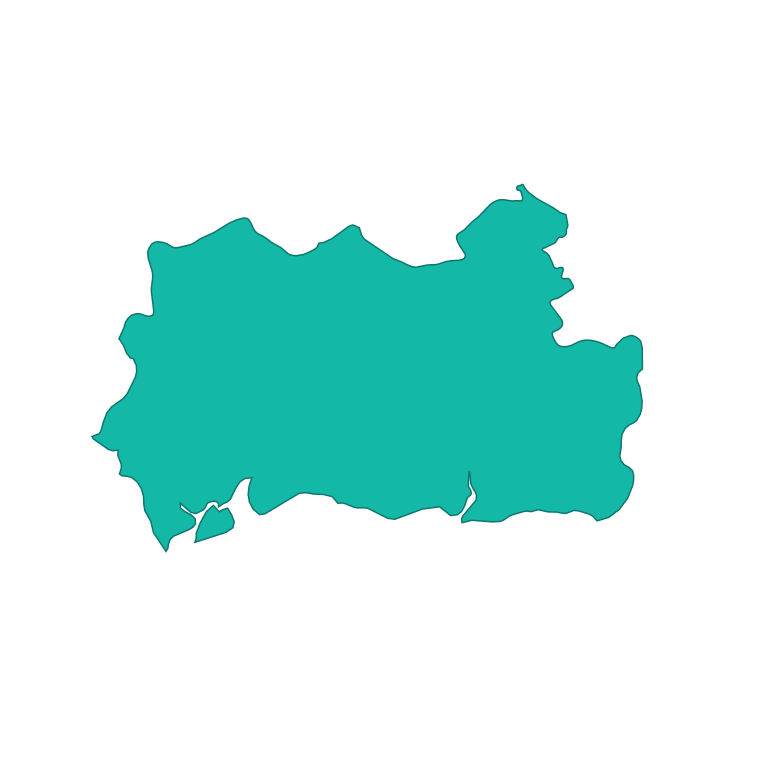 SVG path tracing the border of Esmeraldas, rotated 202°
{"feature_id": "ECU-1335", "entity_name": "Esmeraldas", "entity_type": "Province", "adm_level": 1, "iso_a3": "ECU", "parent_name": "Ecuador", "parent_adm1": "", "projection": "albers", "projection_center": [-79.299, 0.692], "detail": "fine", "context": "isolated", "style": "filled", "palette": "teal", "viewbox_px": 768, "rotation_deg": 202, "n_neighbors": 0, "source": "natural_earth", "source_scale": "10m", "svg_char_len": 5140}
<svg xmlns="http://www.w3.org/2000/svg" viewBox="0 0 768 768"><g transform="rotate(202 384 384)"><path d="M523.4,147.1L542.1,159.9L548.8,169.3L558.2,176.9L561.5,182.2L564.6,189.3L569.4,195.7L575.7,200.6L583.1,202.9L588.1,202.1L592.6,200.7L595.6,201.5L596.1,207.7L597.4,211.0L604.0,218.0L605.8,223.2L610.4,220.5L615.2,220.1L632.9,224.2L635.1,226.0L629.5,231.0L629.0,233.3L629.1,237.8L630.0,243.4L630.1,253.5L628.0,260.7L620.4,272.7L618.4,278.9L617.1,297.2L618.0,302.9L620.7,308.6L621.9,309.7L625.8,313.5L629.0,313.1L634.1,316.1L639.9,322.1L645.1,325.8L646.7,326.6L646.2,338.6L646.8,344.5L645.9,349.1L644.0,353.0L641.3,355.4L639.2,356.8L636.6,357.6L630.6,358.0L627.6,358.6L624.6,360.4L624.0,362.3L624.7,365.2L634.3,382.6L635.6,385.8L638.1,395.3L639.5,398.8L641.3,401.9L649.8,412.4L652.5,417.8L652.7,422.2L651.8,426.6L650.3,428.9L647.8,430.8L644.7,431.9L640.2,432.7L636.9,432.6L631.9,431.7L629.1,431.8L626.1,433.3L615.8,440.5L613.3,443.2L608.9,449.6L598.2,461.0L587.8,475.1L582.3,480.8L577.0,484.9L574.9,485.9L572.4,486.2L570.5,485.4L567.9,483.6L563.2,479.1L561.1,477.6L558.3,476.4L555.6,475.9L552.1,475.8L545.6,474.4L541.7,473.1L530.5,471.8L521.2,468.7L517.4,468.9L513.5,470.0L507.5,473.7L503.9,477.0L500.0,481.5L498.1,484.1L497.2,486.0L497.1,487.7L497.2,489.7L496.7,490.5L493.0,492.4L486.5,499.6L476.2,516.2L474.3,518.4L472.8,519.6L471.0,519.9L465.4,519.6L460.3,513.4L458.7,512.2L456.0,510.8L422.6,503.6L414.0,503.8L406.6,503.2L401.9,503.3L398.1,504.2L389.0,510.2L385.7,511.9L381.6,513.6L378.8,515.3L372.1,520.9L367.4,523.7L361.2,526.6L358.2,528.6L356.5,531.0L356.5,533.2L357.5,535.0L365.8,540.7L368.7,543.3L370.9,545.7L371.9,547.8L372.0,549.6L371.0,551.7L367.1,557.4L363.2,566.9L359.1,574.3L352.8,590.0L350.8,593.4L346.5,597.7L342.4,599.6L333.7,601.7L330.9,603.2L325.2,605.2L324.6,606.7L325.3,608.7L328.7,613.2L329.8,614.1L330.7,614.2L331.6,614.0L332.6,613.8L333.9,614.5L334.6,615.6L334.3,617.5L332.7,618.5L331.6,619.6L330.6,620.9L329.7,620.8L326.6,618.4L324.1,616.9L320.8,615.5L311.6,613.1L292.1,610.6L285.3,608.9L278.8,609.2L273.4,600.8L272.7,599.2L272.8,596.6L272.7,595.5L271.5,592.5L271.3,591.5L271.5,590.4L272.0,589.2L272.5,588.3L273.2,587.4L273.8,586.8L274.5,586.5L275.8,586.1L276.3,585.8L276.7,585.4L277.1,584.8L277.3,584.2L277.6,582.7L277.9,580.5L278.3,579.2L279.2,577.9L287.6,568.8L287.7,568.3L287.7,567.7L287.1,567.2L286.1,566.9L283.9,566.7L281.9,566.2L279.4,565.1L273.3,559.4L271.2,556.9L269.8,555.8L268.5,555.5L266.6,556.2L264.1,558.1L263.1,558.6L262.3,558.7L261.5,558.4L260.9,557.7L260.4,555.9L259.9,550.6L259.3,549.5L258.4,548.8L256.7,548.9L255.8,549.3L254.5,549.9L253.8,550.4L252.8,550.8L251.2,550.5L249.5,549.5L246.0,546.5L244.8,545.1L244.4,543.9L244.8,543.1L250.8,534.5L252.2,532.2L253.9,529.9L255.4,528.3L257.7,526.8L259.7,524.8L260.4,523.7L260.7,522.9L260.8,522.2L260.5,521.4L259.9,520.6L258.6,519.4L243.5,510.2L242.5,509.2L241.6,508.0L241.1,506.9L240.7,505.7L240.8,504.4L241.0,503.3L241.4,502.2L241.9,501.2L243.2,499.3L246.5,495.9L246.8,495.3L247.0,494.7L246.9,494.2L246.8,493.5L246.4,492.7L245.7,491.8L243.1,489.2L239.9,486.6L238.5,485.9L236.8,485.2L234.8,485.1L232.4,485.5L228.7,487.1L226.7,488.4L225.1,489.7L218.4,496.9L215.0,499.4L213.1,500.4L209.0,501.9L203.1,503.0L197.7,503.3L186.9,502.8L185.9,502.9L185.0,503.2L184.4,503.6L183.9,504.2L183.6,505.0L182.9,508.5L181.1,512.1L180.0,515.0L179.2,516.2L178.1,517.3L176.6,518.6L175.5,519.7L173.4,521.4L172.3,521.8L171.0,522.0L169.0,522.0L166.7,521.7L164.4,521.0L162.2,520.0L158.1,514.2L150.0,494.8L150.0,494.7L151.9,491.1L152.7,488.2L152.0,484.2L150.1,481.4L145.8,477.2L138.2,464.7L136.0,458.4L135.1,452.0L136.0,444.9L138.2,441.3L141.1,438.2L143.8,433.2L144.5,426.5L142.7,420.0L140.5,414.5L138.3,405.3L135.4,401.5L130.9,399.1L125.2,398.3L121.1,396.7L118.3,392.9L116.4,387.9L115.4,383.0L115.3,369.3L118.9,355.8L125.7,344.4L135.2,336.9L140.6,339.6L145.3,340.2L155.9,339.3L160.6,337.9L166.9,332.1L171.2,330.8L175.8,330.0L183.8,326.9L193.9,325.2L199.9,320.7L203.9,319.7L206.2,318.5L216.0,310.8L218.3,308.4L222.3,302.4L224.7,300.1L232.3,296.6L251.4,290.6L259.7,284.6L261.4,287.9L261.6,290.8L255.1,310.8L256.6,315.6L259.3,318.4L262.6,320.7L266.2,324.1L270.5,332.7L272.7,335.2L267.5,320.8L263.4,317.4L262.1,315.3L262.1,313.5L263.7,310.6L264.0,308.8L263.6,300.8L264.3,294.7L267.1,290.2L272.8,287.0L286.5,291.0L301.6,282.4L323.2,262.7L330.1,260.9L352.5,262.7L355.3,262.0L362.6,259.1L365.7,258.5L374.4,258.6L378.4,258.0L382.0,256.1L389.7,260.2L398.7,258.9L407.8,255.7L415.9,253.9L421.8,250.8L445.9,218.9L450.5,216.3L458.4,219.0L464.6,224.2L468.6,230.8L470.8,238.6L471.4,247.6L477.5,244.3L480.8,239.6L482.2,233.6L483.3,219.6L485.2,215.9L488.1,213.0L491.4,208.1L492.5,210.9L494.3,212.1L496.9,211.9L500.1,210.3L503.0,207.6L503.4,205.4L503.3,202.8L504.5,199.4L509.7,193.5L515.0,192.6L528.4,197.2L526.1,192.6L520.4,191.1L513.7,190.4L508.6,188.3L506.4,183.8L507.5,179.6L510.3,175.9L522.2,164.0L524.0,159.8L523.9,154.9L522.8,150.6L523.4,147.1ZM500.1,166.3L500.2,169.3L500.6,171.5L502.1,175.2L502.4,185.9L500.9,199.1L496.7,207.5L489.0,203.8L486.0,207.4L482.5,210.3L476.1,205.4L471.3,200.1L470.2,194.2L474.9,187.3L500.1,166.3Z" fill="#14b8a6" stroke="#0f766e" stroke-width="1.5"/></g></svg>